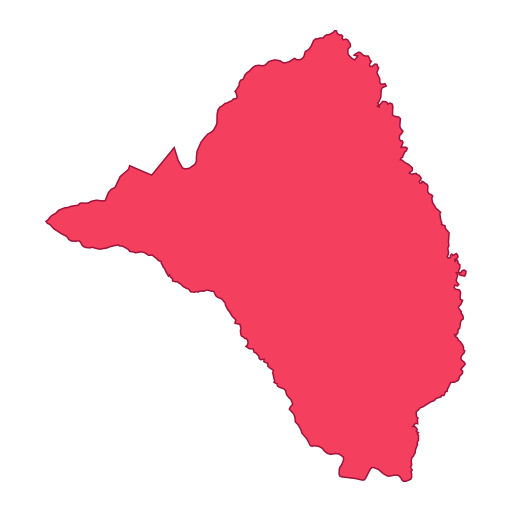 Lucas do Rio Verde, Mato Grosso, Brazil (orthographic projection)
{"feature_id": "56859067B78400349800715", "entity_name": "Lucas do Rio Verde", "entity_type": "district", "adm_level": 2, "iso_a3": "BRA", "parent_name": "Brazil", "parent_adm1": "Mato Grosso", "projection": "orthographic", "projection_center": [-56.167, -13.048], "detail": "fine", "context": "isolated", "style": "filled", "palette": "rose", "viewbox_px": 512, "rotation_deg": 0, "n_neighbors": 0, "source": "geoboundaries", "source_scale": "gbopen_adm2", "svg_char_len": 6010}
<svg xmlns="http://www.w3.org/2000/svg" viewBox="0 0 512 512"><path d="M379.0,105.0L377.7,102.9L378.9,101.7L380.8,97.2L381.3,89.8L382.1,87.9L386.2,86.0L384.9,83.6L381.7,84.4L380.1,83.2L379.7,81.2L379.8,78.9L376.8,72.5L378.7,67.9L377.6,66.7L376.9,64.3L374.9,64.1L372.3,66.3L370.1,66.5L369.4,64.5L371.4,61.2L369.9,60.4L369.5,58.4L368.2,56.0L365.6,56.0L363.5,55.4L360.9,53.0L359.0,52.1L355.5,53.9L354.1,55.2L357.7,56.0L354.8,60.0L352.1,58.5L348.6,55.1L347.9,53.4L347.9,49.1L350.5,46.4L350.2,43.8L347.5,39.8L345.8,39.1L343.5,39.8L342.0,38.2L342.7,36.3L341.2,34.8L339.5,35.1L338.1,34.1L336.9,32.9L336.5,30.9L334.7,30.7L333.2,32.4L329.3,34.6L326.7,34.8L324.6,36.1L323.1,38.0L319.7,38.0L318.1,38.9L315.7,38.8L313.5,40.7L311.1,46.4L308.7,49.5L305.3,51.6L303.9,56.4L302.7,58.1L301.2,59.2L299.0,59.8L296.5,59.6L294.6,58.3L289.0,61.8L285.5,62.8L282.9,62.9L281.7,61.7L279.8,60.7L274.7,59.9L268.9,61.5L265.0,65.2L263.0,65.8L258.8,65.3L255.6,65.7L253.2,67.1L249.0,71.3L246.7,72.9L244.7,75.3L243.8,78.1L242.8,79.5L240.6,80.2L239.4,82.5L239.2,85.2L236.6,89.6L235.0,91.4L236.2,93.1L237.2,97.4L236.1,98.7L233.5,98.9L231.4,101.1L229.6,101.5L226.9,103.2L225.3,103.2L222.0,106.0L219.8,107.2L218.0,109.9L217.1,114.2L216.9,123.2L215.9,126.0L213.3,130.4L211.3,132.2L207.9,134.0L204.3,137.9L200.9,142.4L197.1,151.2L196.4,156.8L196.4,160.7L195.5,163.4L194.5,164.6L189.3,168.3L185.3,168.9L182.5,168.0L178.1,160.3L174.2,147.6L151.7,175.2L129.6,165.7L128.7,169.0L127.2,170.6L120.2,176.5L115.1,187.4L111.2,189.4L108.4,192.6L105.2,200.6L102.9,200.9L96.2,200.2L90.9,201.4L88.9,202.7L86.3,203.2L81.0,203.0L79.4,203.6L78.4,205.2L71.2,206.2L67.9,207.5L64.7,207.8L58.7,210.2L55.6,213.4L52.2,215.2L49.9,217.3L48.1,219.9L46.0,221.3L47.4,223.3L49.9,224.5L54.1,229.0L61.8,233.9L66.0,236.0L67.7,237.6L68.7,239.4L71.3,241.0L75.9,241.3L77.8,240.7L79.5,241.2L80.8,242.6L82.0,245.1L83.5,246.6L85.9,247.5L90.0,247.9L91.9,247.2L98.4,249.0L100.5,249.1L106.8,248.0L110.7,246.5L118.0,244.9L119.9,246.0L121.8,246.0L124.3,247.0L128.3,249.4L129.9,251.5L133.7,252.0L135.5,252.8L141.0,251.8L144.8,252.7L148.5,255.3L152.2,255.1L156.6,258.5L158.4,260.5L161.1,261.5L161.4,263.6L162.5,265.1L163.1,266.9L164.9,269.1L166.0,271.9L168.5,276.2L169.7,275.0L170.6,277.2L172.4,278.6L172.6,281.0L175.3,281.7L177.4,281.7L178.9,283.1L180.6,283.9L183.3,286.6L186.5,288.4L188.1,288.7L189.6,290.1L190.4,291.7L194.5,292.2L196.4,291.6L198.0,292.1L200.0,291.1L204.2,291.2L205.9,290.2L208.1,290.2L210.9,291.1L213.7,291.3L216.0,296.0L217.7,297.3L221.7,298.9L225.1,302.9L225.5,305.2L227.7,309.6L229.6,311.9L232.3,316.4L235.7,319.7L235.0,323.3L239.9,324.3L241.1,328.5L240.4,330.3L240.8,334.5L241.5,336.0L243.7,337.2L244.7,338.5L246.5,338.7L247.6,340.3L248.1,342.7L247.3,345.4L245.9,346.4L249.4,348.7L253.1,348.9L254.2,352.4L255.9,352.9L258.9,356.2L259.2,358.5L260.6,359.7L264.2,359.2L263.8,361.6L267.8,363.5L267.8,366.1L269.8,367.9L273.4,370.3L272.7,372.7L274.6,381.0L274.0,382.5L277.0,383.7L277.5,386.1L279.8,387.4L284.0,388.9L285.5,390.6L286.7,394.8L289.1,397.9L290.9,399.3L292.7,404.2L290.5,406.8L289.3,409.2L293.3,413.5L294.3,415.2L295.2,419.2L295.2,421.7L298.2,424.9L301.0,429.9L301.9,433.1L306.6,438.5L310.5,445.8L312.1,446.2L313.8,445.8L318.5,446.2L322.5,448.4L324.0,450.6L327.2,453.3L330.3,454.3L335.7,453.6L338.9,453.9L343.4,457.1L343.6,459.8L341.7,464.7L340.3,466.5L339.3,469.0L339.1,473.9L339.7,476.0L341.5,476.8L355.3,478.5L362.4,480.1L364.3,479.9L365.5,478.4L370.3,469.1L372.1,467.5L374.1,467.7L378.4,469.4L383.2,473.6L387.2,475.9L388.9,476.2L394.9,475.1L396.9,475.1L398.9,475.7L400.9,477.9L401.7,479.7L403.4,481.3L406.1,481.2L410.7,479.3L411.7,477.4L411.6,473.5L410.9,471.9L412.2,470.0L411.1,468.3L410.6,466.8L411.7,465.2L411.2,460.4L411.8,457.8L413.5,456.0L414.0,454.5L415.0,453.3L415.5,449.7L417.6,444.1L417.1,442.4L418.5,440.4L418.5,435.4L417.3,433.9L418.4,432.6L416.3,431.5L417.2,429.7L416.5,428.1L414.7,426.5L412.9,426.4L415.4,423.4L417.7,423.7L417.4,419.6L418.0,418.0L416.6,416.8L416.1,412.1L420.4,407.7L422.8,406.9L430.5,402.0L434.1,400.7L436.2,398.4L441.0,396.9L441.5,395.4L443.9,395.5L445.5,391.7L447.1,391.4L447.6,388.9L450.8,382.4L454.4,382.2L457.9,380.6L459.0,378.8L459.4,376.7L462.5,373.3L462.7,371.1L460.8,369.4L465.2,364.1L464.6,362.6L461.3,359.7L460.8,357.7L462.0,355.1L464.1,352.9L464.7,350.9L463.5,349.6L463.5,346.9L462.5,344.8L460.4,341.8L458.4,340.0L457.4,338.0L455.2,336.2L454.6,334.6L456.4,335.0L457.9,332.7L458.1,329.4L459.6,328.4L460.7,321.5L461.6,320.0L463.2,319.0L463.2,316.9L462.5,314.8L461.2,313.6L461.2,311.4L458.3,307.7L459.2,306.0L460.8,304.5L462.6,300.3L460.2,299.3L460.1,296.2L460.6,293.4L460.3,291.4L459.2,289.9L455.4,289.2L454.1,287.3L454.9,285.2L457.4,286.0L458.8,284.5L456.9,282.2L456.2,280.4L457.7,275.1L456.3,273.0L458.7,272.6L458.6,270.5L459.9,267.7L459.9,264.7L458.0,263.4L458.0,261.4L457.0,260.1L455.0,261.3L454.9,259.5L456.6,258.6L458.0,257.0L457.5,254.9L456.3,253.5L453.2,255.4L451.8,254.1L450.5,255.4L450.4,257.6L448.2,258.1L447.3,256.4L448.3,254.4L448.5,252.0L447.9,249.6L447.9,247.6L448.8,246.1L448.5,241.6L449.1,232.9L445.4,228.4L444.9,225.7L441.5,224.5L441.8,222.8L441.0,221.1L439.8,213.9L440.6,212.3L436.0,208.2L432.6,202.6L431.8,198.4L432.7,195.9L431.1,194.6L428.9,193.7L427.6,191.3L427.9,185.9L426.8,184.2L424.8,183.2L423.7,181.9L422.0,181.3L421.8,182.9L419.8,183.1L419.2,181.3L420.4,180.1L421.2,178.3L419.1,175.2L417.4,174.7L416.2,173.3L411.5,174.3L409.2,173.0L412.3,170.5L412.3,167.8L408.6,164.4L405.3,162.8L401.9,160.0L400.3,159.8L400.9,158.1L402.6,157.3L403.2,155.1L404.8,152.0L406.5,150.6L407.3,148.2L405.3,147.1L401.1,147.4L403.0,142.7L402.2,140.8L400.6,140.8L399.4,139.1L399.6,135.5L401.5,133.7L403.0,131.3L400.6,128.5L399.8,126.1L400.4,118.6L398.7,117.0L393.9,116.1L392.5,114.7L392.8,106.0L392.0,103.9L389.9,103.0L387.6,104.1L386.9,102.3L385.1,101.5L382.5,101.5L380.7,103.9L379.0,105.0ZM379.0,105.0L379.2,107.0L377.4,106.1L379.0,105.0ZM458.7,272.6L459.3,274.5L460.7,275.3L464.6,276.1L465.7,273.9L466.0,271.3L464.2,270.0L462.2,270.6L460.8,272.7L458.7,272.6Z" fill="#f43f5e" stroke="#9f1239" stroke-width="1.5"/></svg>